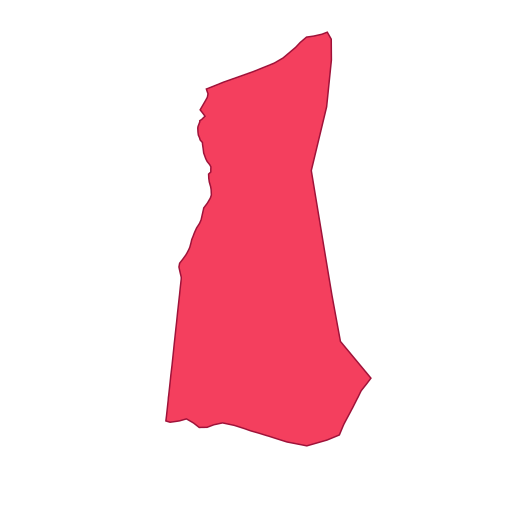 Derniere Riviere/Mardi Gras/Morne Caca Cochon, Dennery, Saint Lucia, rotated 164°
{"feature_id": "8701671B53380311765902", "entity_name": "Derniere Riviere/Mardi Gras/Morne Caca Cochon", "entity_type": "district", "adm_level": 2, "iso_a3": "LCA", "parent_name": "Saint Lucia", "parent_adm1": "Dennery", "projection": "albers", "projection_center": [-60.919, 13.963], "detail": "fine", "context": "isolated", "style": "filled", "palette": "rose", "viewbox_px": 512, "rotation_deg": 164, "n_neighbors": 0, "source": "geoboundaries", "source_scale": "gbopen_adm2", "svg_char_len": 2039}
<svg xmlns="http://www.w3.org/2000/svg" viewBox="0 0 512 512"><g transform="rotate(164 256 256)"><path d="M257.7,430.2L257.6,427.7L257.4,425.2L259.0,422.0L262.0,419.0L269.4,411.9L267.4,407.0L266.8,405.3L266.5,404.4L269.2,403.0L270.6,402.2L271.7,401.9L272.8,401.5L272.9,400.9L273.0,400.5L276.0,396.5L276.3,395.9L276.7,395.0L277.6,391.2L278.1,388.1L277.7,385.3L277.7,383.0L276.6,380.6L276.2,379.9L276.6,378.2L277.2,373.8L277.9,369.4L277.5,363.5L277.2,361.8L276.9,360.3L276.1,358.4L275.3,356.5L274.8,354.1L275.2,352.9L275.6,351.6L276.3,349.2L279.0,347.8L279.5,345.7L280.0,343.7L280.1,342.9L280.4,340.7L280.5,340.2L280.5,339.7L280.5,335.2L280.7,333.4L280.9,331.9L282.1,326.9L283.9,324.3L284.1,324.1L288.2,320.2L290.2,318.7L293.0,316.6L293.9,314.8L294.1,314.5L298.8,305.9L301.2,303.0L305.4,299.3L308.4,295.8L309.8,294.0L310.3,293.3L311.1,292.2L313.1,289.7L313.6,288.9L314.5,287.2L317.0,283.0L317.9,281.8L319.5,280.0L321.7,277.7L323.3,276.2L327.8,272.7L329.9,271.2L331.4,270.1L333.1,266.7L333.3,264.2L333.5,260.5L333.7,256.2L334.1,254.9L334.2,254.5L337.3,247.0L340.3,239.5L341.3,237.1L347.0,223.2L350.6,214.2L353.4,207.4L356.6,199.5L359.1,193.4L360.4,190.1L366.8,174.2L370.8,164.7L373.2,158.7L378.3,146.2L379.2,144.2L380.1,141.7L386.1,127.0L388.1,122.3L386.0,120.9L384.4,119.9L378.1,119.0L374.9,118.6L367.8,118.6L365.9,116.7L362.0,112.6L358.9,108.3L357.8,106.8L355.3,106.2L350.3,104.8L343.0,105.4L334.2,104.8L332.1,103.7L323.6,99.2L314.6,93.2L309.3,89.4L302.2,85.0L294.9,80.2L293.7,79.5L287.0,75.0L277.5,68.7L270.2,65.0L267.1,63.4L264.3,62.0L259.5,59.5L252.3,59.5L242.9,59.5L238.4,59.5L225.2,61.0L218.9,68.9L217.6,70.4L215.1,73.0L208.2,80.1L206.8,81.6L205.3,83.1L197.8,91.2L196.8,92.2L195.2,94.0L192.7,96.8L192.0,97.5L191.2,98.1L188.3,100.2L184.5,102.9L179.2,106.9L198.4,150.6L193.8,197.5L189.4,235.9L179.3,322.9L147.0,379.9L129.5,423.6L123.9,443.7L125.8,451.5L131.5,451.0L140.0,451.5L147.1,452.5L154.6,449.1L160.3,445.7L175.4,438.9L185.3,436.4L207.9,434.0L239.1,432.1L257.7,430.2Z" fill="#f43f5e" stroke="#9f1239" stroke-width="1.5"/></g></svg>